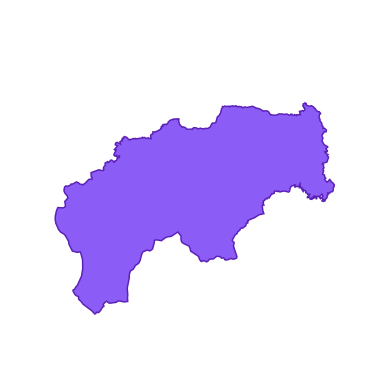 Prachantakham, Prachin Buri, Thailand, rotated 245°
{"feature_id": "78962969B79436242048830", "entity_name": "Prachantakham", "entity_type": "district", "adm_level": 2, "iso_a3": "THA", "parent_name": "Thailand", "parent_adm1": "Prachin Buri", "projection": "albers", "projection_center": [101.555, 14.221], "detail": "fine", "context": "isolated", "style": "filled", "palette": "violet", "viewbox_px": 384, "rotation_deg": 245, "n_neighbors": 0, "source": "geoboundaries", "source_scale": "gbopen_adm2", "svg_char_len": 6097}
<svg xmlns="http://www.w3.org/2000/svg" viewBox="0 0 384 384"><g transform="rotate(245 192 192)"><path d="M256.6,255.8L255.7,255.2L254.6,253.7L251.7,251.4L250.0,249.2L249.4,246.8L245.0,243.0L244.9,241.8L245.8,239.9L245.5,238.7L243.3,236.1L242.9,233.4L244.3,230.2L244.3,228.9L246.4,226.4L246.5,224.3L248.4,222.9L249.5,221.0L249.3,219.5L248.6,218.8L249.5,217.7L250.1,215.7L251.6,213.4L252.9,213.4L254.8,211.5L254.7,210.6L258.6,209.3L262.1,210.0L263.7,211.0L264.4,210.1L264.0,209.0L265.1,208.4L265.4,206.7L266.0,206.0L265.6,205.5L266.0,204.9L266.2,202.3L265.5,200.2L264.4,198.9L264.1,197.5L264.1,196.8L264.7,196.5L265.3,194.3L265.1,193.7L264.0,193.5L264.5,192.9L264.2,191.8L263.0,191.6L263.0,190.6L262.3,190.4L261.8,186.6L262.1,185.1L261.7,184.4L263.1,182.1L261.2,180.9L261.4,179.3L260.6,178.3L257.6,177.3L258.1,176.4L259.6,175.3L259.8,173.3L261.6,171.9L261.9,170.4L262.5,170.1L262.1,169.5L263.8,163.9L264.4,163.5L264.3,162.6L265.2,161.9L265.2,159.8L265.6,159.3L265.3,158.4L266.2,157.3L266.1,156.9L269.0,156.0L270.7,154.3L270.3,154.0L270.6,153.0L269.5,152.3L270.0,151.4L268.0,150.5L268.6,150.0L268.0,149.1L268.1,148.0L265.6,147.4L268.7,145.1L268.6,143.4L267.2,142.4L265.2,144.0L263.3,139.6L262.4,140.0L262.7,140.9L262.2,141.1L258.7,136.8L257.2,137.3L257.2,138.8L256.1,138.4L255.5,138.9L255.9,140.3L255.3,141.5L254.0,140.7L254.4,138.9L252.5,136.8L252.7,134.6L251.9,134.5L251.9,133.9L254.3,133.1L255.2,132.1L254.0,128.7L254.2,128.4L255.2,128.4L254.9,125.4L252.8,124.7L252.0,122.6L250.9,121.7L249.3,121.5L249.0,120.9L249.9,118.8L251.5,117.1L252.2,108.7L248.4,107.1L247.4,107.5L246.1,106.9L245.8,106.1L246.6,105.5L247.0,103.7L244.9,98.4L244.9,96.8L244.5,96.5L246.7,93.6L248.3,93.0L250.0,91.5L249.6,87.6L250.3,85.6L249.7,84.9L249.6,83.6L249.9,81.6L250.8,80.1L250.4,78.7L247.9,76.8L246.6,76.4L244.3,76.4L241.4,77.3L239.0,77.0L237.2,72.7L233.9,71.8L232.8,71.3L232.0,70.2L232.1,68.5L234.6,63.8L232.2,61.2L227.9,57.9L225.1,56.5L221.5,55.4L214.2,55.2L211.2,56.0L207.7,58.3L205.9,58.8L199.6,59.3L196.5,58.4L189.0,58.6L185.7,62.6L185.2,65.2L183.8,65.4L176.9,64.2L168.8,60.6L162.4,56.3L155.5,48.2L155.0,46.4L153.6,44.8L153.4,42.8L152.6,42.3L148.4,42.6L147.0,43.3L145.2,44.9L142.6,44.0L138.7,45.5L136.7,45.7L126.7,51.0L122.6,52.3L122.4,53.2L123.4,54.7L122.2,56.4L123.0,58.5L125.2,61.9L125.8,64.0L127.3,63.9L127.9,64.3L129.1,67.8L128.9,68.5L126.6,69.7L125.9,70.7L124.1,76.5L124.4,79.5L120.9,84.3L120.0,87.5L123.5,88.9L125.9,90.3L132.3,92.7L140.8,98.9L143.9,100.4L146.5,102.9L146.8,106.0L149.4,109.8L149.8,113.0L150.3,114.2L152.3,116.4L156.5,119.8L158.4,121.9L158.4,126.7L156.4,129.0L157.0,132.1L161.3,135.8L164.0,137.5L163.7,139.5L160.8,143.7L161.8,148.5L161.7,151.0L160.6,154.2L161.7,162.2L156.8,163.5L153.8,162.0L151.2,161.5L149.0,162.5L144.3,166.4L141.9,166.4L138.9,165.8L131.7,170.3L130.1,170.7L127.8,170.3L125.1,171.0L124.8,173.7L122.5,175.8L122.5,177.0L123.7,179.6L122.3,183.1L123.2,186.7L123.0,188.1L121.0,190.5L119.7,190.7L118.9,192.9L117.1,193.1L116.1,193.7L115.4,196.3L115.3,199.3L114.1,200.3L113.3,202.2L113.3,204.5L114.4,205.4L124.6,206.6L125.7,206.9L128.4,208.9L129.4,208.3L131.3,208.0L134.3,212.2L134.9,213.1L135.3,215.2L136.6,216.7L137.2,219.2L138.4,220.5L138.5,221.8L137.8,222.7L138.7,226.5L140.8,228.1L140.4,229.2L141.1,229.3L141.3,230.3L142.3,230.2L142.6,230.6L142.3,238.0L143.0,243.1L142.0,248.0L145.3,248.3L150.2,250.0L149.8,251.7L152.0,251.7L152.2,252.2L153.7,252.7L153.6,254.3L154.6,255.0L154.1,257.3L154.8,257.6L154.0,259.6L154.8,260.0L154.9,260.8L156.7,263.5L156.2,263.9L156.2,266.2L157.1,266.4L157.9,267.3L157.4,268.5L156.2,269.9L156.4,270.8L155.4,271.1L154.9,271.8L154.0,276.0L151.1,279.5L151.5,280.8L153.8,282.4L155.3,284.3L155.0,288.4L154.1,288.3L153.5,287.3L152.9,287.4L152.9,289.3L151.5,291.0L152.1,291.9L153.3,292.4L153.8,293.4L152.7,292.8L150.8,292.6L150.2,291.6L149.2,293.4L148.0,292.6L147.5,292.7L147.4,293.6L146.8,292.9L145.4,293.0L146.0,294.3L145.8,294.9L144.9,295.5L143.3,294.8L142.4,295.6L140.9,295.8L140.9,296.7L140.1,297.8L139.1,296.0L138.9,294.5L138.1,294.2L137.5,296.2L135.6,296.1L134.8,297.3L135.8,297.7L136.0,298.6L134.9,298.4L135.0,300.4L136.5,300.3L136.9,301.0L136.6,301.7L133.3,301.8L133.3,302.3L135.2,303.2L134.8,304.8L131.8,305.6L132.2,306.1L134.0,305.8L135.1,308.6L134.9,309.2L133.1,308.9L132.1,307.4L131.4,307.0L129.5,308.3L129.6,306.8L129.1,306.0L127.9,307.0L127.7,308.7L128.9,309.9L129.9,312.1L130.8,312.3L131.9,313.9L132.8,314.0L132.7,314.9L133.6,314.7L132.8,316.2L133.5,317.9L132.9,319.2L133.3,320.2L136.0,321.9L137.4,323.6L138.4,323.6L138.6,324.0L141.0,323.5L142.5,322.3L143.4,322.6L145.2,322.1L143.7,318.8L146.3,317.6L147.6,317.6L147.9,319.0L149.0,318.6L151.5,319.2L152.8,317.9L155.7,320.3L157.4,320.5L158.1,321.8L160.7,322.2L161.0,322.7L161.9,321.9L162.8,322.3L162.1,326.9L165.8,330.5L167.5,329.9L168.5,331.1L169.5,330.0L172.3,329.2L172.4,330.2L171.4,331.0L171.4,331.7L172.2,332.1L174.0,331.7L175.0,332.1L175.2,333.8L175.7,334.1L179.1,331.7L183.4,331.4L185.6,333.5L186.4,333.3L188.7,333.9L190.1,336.7L190.8,337.2L189.9,339.0L191.3,340.0L193.7,339.1L194.4,337.5L195.7,338.4L197.5,338.0L199.4,338.7L202.7,338.1L204.0,338.8L205.2,338.5L206.3,338.9L207.9,339.9L208.6,340.8L208.6,341.6L209.1,341.7L211.1,341.2L212.1,339.5L215.8,338.8L216.0,338.3L217.3,338.3L219.7,336.8L220.3,334.3L222.0,332.8L222.5,332.4L223.9,332.9L224.3,332.0L225.0,332.0L224.7,329.8L223.3,329.6L223.2,328.9L221.0,329.0L220.7,329.6L218.7,329.0L218.3,327.1L219.0,326.7L219.6,323.5L216.4,322.9L217.0,322.4L216.7,321.4L217.7,320.0L217.3,319.2L217.8,319.2L218.1,317.8L218.7,317.6L218.3,317.0L219.4,315.4L220.1,315.6L220.8,314.5L220.4,313.7L220.6,312.5L222.6,310.9L223.5,308.1L224.8,306.4L226.2,303.4L225.9,302.0L226.3,300.2L227.7,297.5L229.1,296.1L229.0,295.7L232.4,295.3L233.9,294.2L235.6,290.2L236.2,290.2L238.8,288.4L240.7,286.1L240.8,285.4L241.6,285.2L244.1,283.1L245.6,276.9L246.2,276.7L247.0,275.2L246.8,273.4L248.5,272.8L249.2,271.1L249.6,271.0L250.0,269.3L251.4,268.4L251.1,268.1L251.6,267.8L251.9,266.4L252.8,265.5L252.6,265.1L253.5,263.6L253.6,262.8L253.1,262.3L254.5,261.2L254.5,260.1L256.1,257.9L255.8,256.7L256.6,255.8Z" fill="#8b5cf6" stroke="#5b21b6" stroke-width="1.5"/></g></svg>